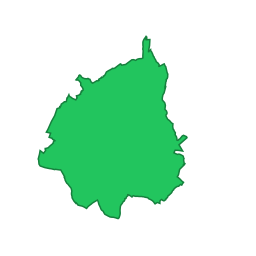 Cergau, Alba, Romania, rotated 294°
{"feature_id": "2599482B88582308663497", "entity_name": "Cergau", "entity_type": "district", "adm_level": 2, "iso_a3": "ROU", "parent_name": "Romania", "parent_adm1": "Alba", "projection": "equal_earth", "projection_center": [23.934, 46.087], "detail": "fine", "context": "isolated", "style": "filled", "palette": "green", "viewbox_px": 256, "rotation_deg": 294, "n_neighbors": 0, "source": "geoboundaries", "source_scale": "gbopen_adm2", "svg_char_len": 5735}
<svg xmlns="http://www.w3.org/2000/svg" viewBox="0 0 256 256"><g transform="rotate(294 128 128)"><path d="M97.7,200.3L97.8,200.3L98.7,200.4L99.8,200.5L100.3,200.7L100.8,200.9L101.0,200.8L101.2,199.4L102.8,195.5L102.8,195.0L102.9,194.8L102.9,194.7L103.1,194.4L103.1,194.1L103.4,192.9L105.9,193.1L111.2,192.0L117.4,194.4L117.4,193.7L118.7,194.3L118.8,193.5L121.6,191.7L122.2,191.6L122.7,191.7L123.2,191.1L124.7,189.9L124.9,189.3L125.1,186.7L125.0,185.6L124.6,184.6L123.9,183.8L124.0,180.1L125.5,180.0L126.9,180.1L128.2,183.5L129.2,187.3L133.4,181.4L143.0,185.8L143.1,185.3L143.9,185.0L143.9,181.7L142.8,180.8L139.1,179.8L138.6,179.3L137.0,178.7L136.8,177.7L138.1,177.0L138.6,176.7L139.8,175.7L140.8,174.1L141.1,173.8L142.9,173.2L144.0,171.5L145.1,170.4L145.2,169.8L147.4,168.3L150.2,167.3L150.3,165.8L150.8,164.7L151.3,163.8L151.4,163.3L151.7,162.9L151.8,162.1L152.1,160.7L154.4,157.8L155.7,157.4L156.8,157.8L158.0,157.3L159.1,156.3L159.7,155.0L159.9,154.3L160.8,153.9L163.8,153.0L165.5,151.7L166.1,151.1L167.5,148.0L169.4,147.1L172.6,146.4L174.6,146.7L180.8,145.7L180.6,145.4L180.2,145.2L181.2,144.8L182.3,144.9L183.2,144.4L184.3,144.2L184.8,143.9L186.5,143.8L187.4,143.5L187.5,143.3L187.8,143.2L189.2,143.7L190.7,143.5L192.9,142.6L193.4,142.5L194.4,141.3L199.4,137.5L199.8,136.6L201.3,135.0L200.3,134.1L199.7,133.7L197.3,131.7L197.0,131.2L198.5,130.7L199.5,129.1L200.1,126.7L200.8,126.2L201.5,125.4L202.6,123.7L203.6,122.8L203.8,122.4L203.8,122.1L205.6,120.4L207.3,118.4L207.8,117.3L208.7,116.8L207.7,116.4L207.1,116.0L205.5,115.9L207.6,115.2L212.0,114.2L217.7,112.0L216.0,108.7L216.4,108.4L216.6,108.0L216.6,107.7L216.8,107.6L217.0,107.9L217.3,108.2L217.4,108.6L217.6,108.7L217.8,108.7L218.0,108.3L218.2,108.1L218.7,108.1L218.8,107.9L218.6,107.6L218.7,107.3L218.8,107.2L217.6,107.0L216.8,106.8L216.0,106.6L214.0,106.5L213.1,106.6L212.9,106.6L212.0,106.9L209.4,108.1L208.7,108.6L207.2,109.1L206.1,109.4L204.8,110.4L200.0,112.2L198.1,113.1L197.0,112.3L195.9,110.1L194.6,108.5L192.9,107.5L192.7,105.3L191.9,103.8L189.6,102.5L187.8,101.5L185.1,100.0L182.8,96.6L183.6,95.3L183.4,94.9L181.1,93.6L177.4,91.6L176.6,90.8L176.1,89.4L175.5,89.3L172.2,86.7L170.4,85.5L167.4,85.4L166.6,85.2L165.8,84.9L165.5,84.4L164.8,84.6L163.2,83.5L163.5,83.1L163.0,82.9L162.7,83.1L160.9,81.6L160.2,81.5L159.6,82.1L158.8,81.3L158.5,80.3L155.2,78.0L154.5,77.3L154.5,77.0L154.9,76.6L155.0,75.7L155.7,74.8L157.0,73.4L156.8,71.9L157.0,71.6L157.0,71.2L156.3,70.6L156.1,70.1L155.4,68.1L155.4,66.3L155.6,64.9L156.6,63.5L156.8,62.5L156.7,62.2L155.9,61.8L154.7,62.0L150.8,60.9L150.8,61.4L151.6,63.2L150.1,66.4L147.7,67.5L146.9,69.2L145.6,70.9L144.9,71.4L144.2,71.5L143.8,71.3L143.7,70.9L142.6,70.4L142.4,70.9L142.1,70.9L141.6,70.6L141.4,70.8L140.1,70.4L139.5,70.9L137.3,69.0L136.5,67.8L135.3,68.6L135.3,69.0L135.0,69.2L134.3,69.2L133.8,69.0L132.5,68.9L132.4,68.3L132.5,66.9L132.4,65.6L132.5,64.9L132.9,63.7L132.9,62.7L133.4,61.3L134.3,60.5L130.5,60.4L130.5,60.1L129.4,60.3L127.2,60.9L126.9,60.8L126.0,59.1L125.6,59.1L122.6,57.3L120.8,57.7L119.9,56.9L119.0,57.6L116.8,55.3L109.5,56.0L102.8,55.4L94.0,55.4L91.0,55.1L91.8,59.4L87.4,59.7L87.7,62.9L87.2,63.4L86.9,64.3L87.0,65.1L86.6,66.3L86.5,66.2L86.1,65.6L84.5,65.5L83.9,65.9L82.2,65.2L81.1,64.6L80.1,64.2L79.3,63.7L78.7,63.6L77.4,63.1L76.6,62.0L76.1,61.8L75.8,61.3L75.7,60.7L75.4,60.7L75.0,60.9L73.9,61.9L70.6,61.1L71.6,56.9L68.0,57.8L63.1,58.6L62.5,59.3L58.8,61.4L57.6,63.2L58.0,68.1L59.0,72.8L59.5,74.4L60.2,78.0L60.7,78.4L61.9,82.6L62.4,83.5L60.0,86.8L57.6,90.0L57.1,89.7L55.6,91.3L54.7,91.9L53.5,93.4L52.7,94.5L52.5,95.3L52.2,96.1L51.2,97.9L50.1,100.1L49.6,100.8L47.4,102.4L46.1,102.7L44.7,103.2L43.4,104.1L42.9,104.6L41.4,105.4L39.2,108.4L38.0,111.0L38.6,111.0L37.9,112.7L37.2,113.7L37.2,113.8L37.4,114.6L37.5,115.5L37.7,116.4L37.8,117.0L37.9,117.3L38.0,118.1L38.0,118.4L38.0,119.2L38.0,119.5L37.8,121.7L37.6,122.8L38.0,123.0L39.5,123.3L40.0,123.5L40.6,123.7L41.4,124.2L41.8,124.4L42.6,124.8L43.6,125.4L44.5,125.8L45.0,125.9L44.9,125.9L45.1,126.1L48.4,128.4L49.3,129.1L49.7,129.4L49.6,129.5L48.8,130.5L48.6,130.7L47.6,131.5L46.7,132.2L45.9,133.0L45.1,134.0L44.6,134.6L43.2,136.0L42.8,136.5L42.6,136.7L42.3,137.3L42.1,138.0L42.0,138.6L41.8,139.3L41.0,140.2L40.2,141.3L39.8,141.9L39.7,142.9L39.7,143.7L39.5,145.5L39.5,146.3L39.5,147.2L39.4,147.5L39.7,148.8L40.3,150.4L40.5,150.8L40.9,153.1L41.2,155.8L41.4,155.9L41.8,156.1L42.2,156.3L42.8,156.3L45.4,156.0L46.1,155.8L47.0,155.5L48.2,154.9L49.1,154.4L49.9,154.1L50.3,153.9L53.1,153.0L53.8,152.9L54.5,152.9L55.3,153.0L55.9,153.2L56.9,153.4L57.6,153.5L58.7,153.6L59.3,153.8L59.7,154.3L60.7,154.3L61.8,154.2L62.2,153.9L62.7,154.7L63.0,154.8L63.8,154.7L64.6,154.7L65.5,155.1L65.8,155.3L66.0,155.4L66.4,155.2L66.8,155.1L67.0,155.0L67.1,155.3L67.1,155.5L67.1,156.8L67.0,157.7L66.8,158.8L66.6,159.7L66.8,159.8L68.3,160.3L68.4,160.8L68.5,162.4L69.0,163.4L69.3,164.1L69.6,164.8L69.7,165.3L70.0,166.1L70.2,166.7L70.9,168.1L71.1,169.1L71.5,170.1L71.6,171.0L71.9,172.6L72.4,174.3L72.3,174.7L71.8,175.5L71.8,176.1L71.8,177.4L71.7,178.7L71.5,179.9L70.9,181.5L69.7,183.4L69.8,183.7L70.4,184.0L71.1,184.5L71.3,184.6L71.6,184.8L71.8,185.1L72.1,186.0L72.0,186.7L72.1,187.8L72.9,187.4L73.6,187.1L74.1,187.0L74.9,186.9L75.7,187.4L76.3,187.6L76.4,187.9L76.0,188.9L76.0,189.5L76.0,190.1L76.2,190.6L76.5,190.8L77.7,191.5L78.0,191.7L78.5,191.5L79.0,191.5L79.6,191.9L80.1,192.1L81.0,192.3L81.3,192.3L82.2,192.2L82.5,192.2L83.2,192.8L83.6,192.9L84.4,193.3L85.5,193.7L86.1,194.0L87.1,194.2L88.8,194.2L89.3,194.4L89.6,194.6L89.9,194.8L90.6,194.7L91.1,194.9L91.9,195.2L92.4,195.4L93.1,195.7L94.1,196.4L94.4,196.5L94.6,196.7L94.9,197.2L95.3,197.8L95.7,198.0L96.3,198.5L96.6,198.5L97.3,198.7L97.9,199.1L97.9,199.8L97.7,200.1L97.7,200.3Z" fill="#22c55e" stroke="#15803d" stroke-width="1.5"/></g></svg>